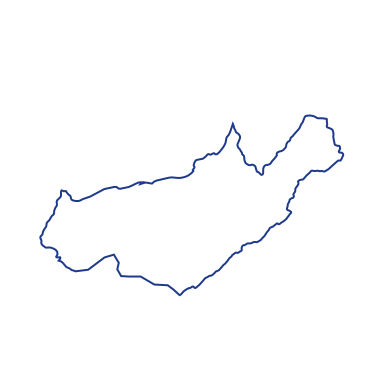 the Autonomous Province of Menabe, rotated 53°
{"feature_id": "MDG-5878", "entity_name": "Menabe", "entity_type": "Autonomous Province", "adm_level": 1, "iso_a3": "MDG", "parent_name": "Madagascar", "parent_adm1": "", "projection": "natural_earth1", "projection_center": [45.071, -20.047], "detail": "fine", "context": "isolated", "style": "outline", "palette": "blue", "viewbox_px": 384, "rotation_deg": 53, "n_neighbors": 0, "source": "natural_earth", "source_scale": "10m", "svg_char_len": 6050}
<svg xmlns="http://www.w3.org/2000/svg" viewBox="0 0 384 384"><g transform="rotate(53 192 192)"><path d="M112.3,295.1L114.2,294.0L115.1,292.5L115.4,292.2L119.2,292.3L121.8,291.5L123.1,291.9L124.3,292.5L125.5,292.8L127.2,292.1L129.2,290.3L130.9,288.1L131.6,286.1L131.9,283.7L134.4,276.0L136.9,260.2L141.3,250.8L142.7,249.2L145.0,248.6L146.2,247.4L149.9,239.6L150.7,236.3L151.4,232.5L152.3,228.8L154.1,226.2L154.1,226.9L154.6,228.4L156.2,224.0L157.2,222.6L160.2,219.9L161.2,218.8L160.9,216.2L161.6,213.3L166.6,202.0L168.1,199.4L172.2,194.9L173.8,192.7L175.1,190.1L176.2,187.0L176.6,184.5L176.6,181.0L176.1,178.3L174.8,178.1L174.2,175.8L173.9,175.3L173.4,174.9L172.4,174.9L171.9,174.7L171.0,173.8L170.1,172.5L169.4,171.1L169.1,169.7L169.4,168.6L170.7,165.8L171.2,164.9L171.8,163.8L172.0,162.4L171.9,159.6L171.8,158.8L171.5,158.0L171.4,157.3L171.5,156.3L171.8,155.9L173.0,155.1L173.4,154.6L173.7,153.1L173.9,151.8L174.4,151.0L176.0,150.6L176.9,149.2L176.6,146.0L175.2,140.6L174.2,138.0L172.9,135.6L169.6,132.0L169.1,131.1L168.5,128.4L167.2,125.7L162.2,118.4L163.8,118.8L166.7,120.0L169.0,120.3L170.5,120.8L171.1,120.8L173.3,120.0L174.1,119.9L174.9,119.9L175.5,120.0L176.2,120.1L177.1,120.6L177.6,121.0L178.5,122.2L181.3,126.9L181.8,127.4L182.5,127.8L184.1,128.3L185.0,128.3L186.9,128.1L188.5,128.4L189.3,128.5L190.5,128.4L191.7,129.1L192.3,129.2L193.6,128.8L194.3,128.8L196.4,129.8L197.6,130.7L198.3,131.0L199.9,131.5L200.7,131.7L201.5,131.7L203.9,130.9L204.7,130.4L205.5,129.5L206.0,128.2L206.6,127.2L207.6,126.6L208.4,126.3L209.2,126.0L210.0,126.1L211.3,126.7L213.1,127.3L213.7,127.6L214.4,127.8L215.2,127.7L216.2,127.0L217.8,126.7L219.2,126.6L219.9,126.3L220.4,125.8L220.4,124.9L220.0,124.2L219.5,123.6L216.5,121.3L216.0,120.7L215.6,120.2L215.1,119.2L214.9,118.5L214.8,117.7L215.0,116.7L215.8,115.4L216.2,114.4L216.5,113.2L216.5,112.2L216.2,111.3L215.9,110.5L215.6,109.7L214.9,105.9L214.4,104.4L214.3,103.5L214.0,102.7L213.7,102.1L212.7,101.6L212.4,101.3L212.1,100.7L211.9,99.9L212.0,98.9L212.3,97.7L213.1,96.0L213.3,94.7L213.4,93.6L212.9,90.9L212.7,90.2L212.4,89.7L212.1,89.3L210.6,87.8L209.7,85.6L209.6,84.8L209.9,83.8L209.8,83.0L209.4,82.3L208.5,81.1L208.2,80.4L208.0,79.5L208.0,77.9L207.5,76.4L206.0,68.7L205.7,67.9L205.4,67.2L203.8,64.4L203.5,63.7L203.1,62.3L202.9,61.6L200.4,57.6L200.0,56.9L199.8,56.2L199.8,55.4L200.1,54.7L201.3,52.6L201.7,51.9L204.5,49.3L206.3,48.3L208.0,47.7L208.9,47.0L209.5,46.3L210.4,45.0L211.4,43.9L212.2,42.8L213.5,41.7L213.9,41.1L214.5,40.6L215.0,40.5L216.7,41.8L218.9,43.0L219.6,43.6L220.1,44.3L220.6,44.9L221.3,45.1L222.2,44.8L223.5,43.9L226.2,42.5L227.1,42.5L228.1,42.7L229.8,43.5L230.8,44.1L231.5,44.7L232.6,45.7L233.3,46.2L239.5,49.2L240.4,49.4L241.3,48.9L242.8,47.9L243.2,47.4L243.6,46.8L244.1,46.6L244.8,46.7L246.2,47.4L246.8,47.9L247.1,48.6L247.4,49.3L247.7,50.0L248.1,50.5L248.8,50.6L249.4,50.3L250.8,48.7L252.2,48.4L253.4,48.9L253.9,49.6L255.8,53.1L256.1,54.0L256.2,54.6L255.2,55.8L255.0,56.2L254.9,56.7L255.0,59.4L255.9,69.2L255.5,73.4L255.3,74.0L255.0,74.3L253.6,75.5L253.1,76.0L252.3,77.5L252.0,77.7L251.1,78.3L250.6,78.9L249.8,80.3L248.7,81.9L247.4,83.0L247.0,83.7L246.9,84.2L247.0,84.7L247.4,86.4L247.7,90.5L248.2,92.7L248.7,95.0L248.7,95.6L248.6,96.2L247.7,97.8L247.5,98.5L247.1,99.8L247.2,100.5L247.4,100.9L248.8,101.6L249.2,101.8L249.7,102.3L250.2,103.4L251.4,107.1L251.6,107.4L252.1,108.0L253.4,108.9L254.0,110.0L254.4,111.4L254.7,112.1L255.0,112.6L256.6,113.1L257.0,113.5L257.3,114.1L257.4,114.6L257.4,115.1L257.0,116.0L256.9,116.6L256.8,117.6L256.9,118.2L257.0,118.7L257.8,119.6L258.6,120.9L259.2,122.4L259.9,123.3L261.3,124.6L261.9,125.6L262.4,126.1L263.1,126.6L263.5,126.6L263.8,126.5L265.8,125.4L266.9,125.0L267.3,124.9L267.8,125.0L268.3,125.5L268.4,126.1L268.5,126.9L268.6,127.5L269.2,129.0L269.5,130.4L270.2,132.6L270.4,134.2L270.5,136.7L270.2,138.7L270.3,141.1L270.2,141.7L270.0,142.1L269.7,142.3L268.6,142.7L268.4,142.8L268.3,143.0L268.2,143.4L268.3,147.9L268.3,148.4L267.8,150.0L267.6,151.1L267.7,151.7L267.9,152.2L268.1,152.5L268.6,153.8L269.3,156.7L270.8,160.7L270.9,161.6L271.0,162.8L271.2,163.7L271.6,165.4L271.7,166.0L271.4,169.2L271.2,170.1L270.8,170.8L269.3,172.4L269.0,173.1L268.9,173.6L268.7,175.1L268.5,175.5L268.2,176.3L266.5,178.6L266.4,179.3L266.2,181.3L266.0,182.2L265.4,183.3L265.4,183.8L265.5,184.4L265.9,185.2L266.2,185.7L267.2,186.5L268.2,187.1L268.4,187.4L268.6,187.7L268.7,188.2L268.6,188.8L268.3,189.7L268.3,190.2L268.4,191.4L268.3,191.8L268.1,192.2L267.0,193.2L266.8,193.6L266.7,194.0L266.7,194.5L266.7,196.1L266.6,197.5L266.7,198.1L267.1,198.9L267.3,199.6L267.3,201.6L267.5,202.3L267.7,203.2L268.3,204.7L269.2,208.9L269.2,210.5L269.3,211.1L270.5,216.7L270.6,217.5L270.6,218.2L270.2,219.5L270.0,220.3L269.9,220.8L270.0,221.3L270.5,224.5L270.5,226.1L270.3,227.0L269.5,228.5L269.4,228.9L269.3,230.4L269.2,231.4L268.8,232.6L268.8,233.4L270.6,242.0L270.8,245.9L270.8,246.4L270.7,246.9L270.5,247.2L270.3,247.5L269.9,247.6L268.5,247.8L268.2,248.0L267.9,248.3L267.8,248.7L267.7,249.2L267.6,250.8L267.5,251.2L266.9,252.4L266.8,252.8L266.4,255.1L266.3,257.6L266.3,258.3L266.5,259.4L266.9,261.3L267.1,262.3L267.1,263.1L266.9,264.0L258.8,265.5L251.9,267.5L243.2,277.8L228.6,283.9L221.7,293.1L216.5,299.2L208.8,298.2L204.5,293.1L195.0,292.1L191.6,301.3L191.6,321.7L185.2,332.8L183.6,333.7L182.1,335.0L179.6,335.7L176.2,337.5L170.9,337.8L168.6,338.4L166.6,339.8L166.0,337.6L165.6,337.0L164.9,336.6L164.6,336.7L164.0,337.9L162.6,339.5L162.0,339.4L160.9,337.0L158.6,335.6L156.1,335.7L153.6,336.8L151.5,338.2L150.3,339.5L148.6,342.1L147.5,342.6L145.0,343.3L143.6,343.5L142.1,343.1L141.5,342.7L140.7,341.8L140.2,341.5L139.2,341.2L138.3,341.1L137.5,340.8L136.6,340.1L136.3,339.4L136.1,337.6L135.7,336.8L134.0,334.8L132.9,332.5L132.4,331.1L132.1,330.0L131.6,328.9L129.4,326.8L128.9,325.0L128.7,323.1L128.2,321.8L127.0,319.1L126.8,318.3L126.7,316.6L126.5,315.8L126.0,315.0L124.1,313.4L122.8,311.4L122.1,310.0L121.8,308.7L121.1,307.7L118.2,305.8L117.5,304.8L116.9,300.5L116.6,299.5L115.8,298.6L113.3,296.8L112.3,295.6L112.3,295.1Z" fill="none" stroke="#1e3a8a" stroke-width="2"/></g></svg>